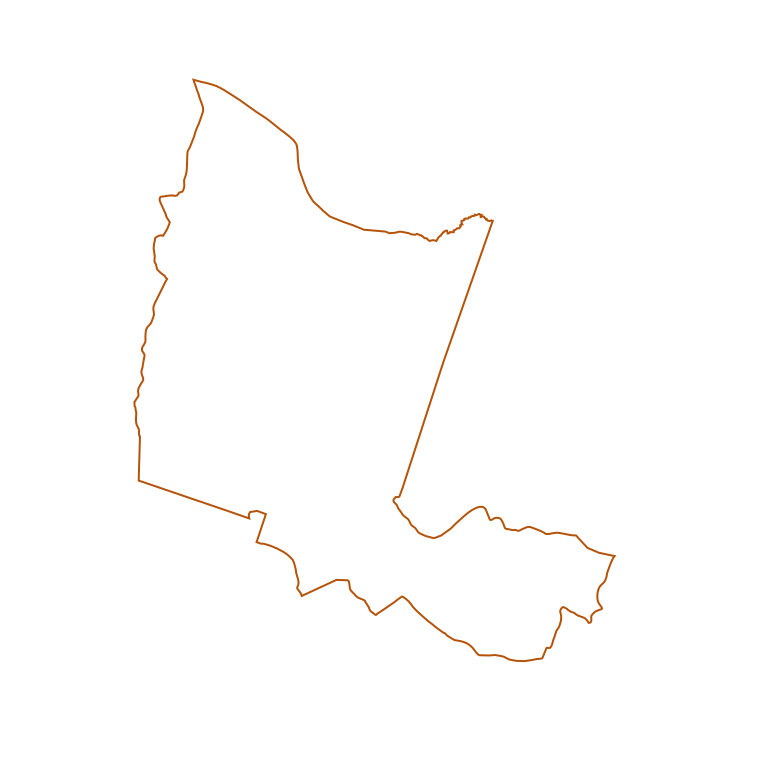 Chhuk, Kâmpôt, Cambodia, rotated 19°
{"feature_id": "14789045B28419059899901", "entity_name": "Chhuk", "entity_type": "district", "adm_level": 2, "iso_a3": "KHM", "parent_name": "Cambodia", "parent_adm1": "Kâmpôt", "projection": "mercator", "projection_center": [104.309, 10.967], "detail": "fine", "context": "isolated", "style": "outline", "palette": "amber", "viewbox_px": 768, "rotation_deg": 19, "n_neighbors": 0, "source": "geoboundaries", "source_scale": "gbopen_adm2", "svg_char_len": 6165}
<svg xmlns="http://www.w3.org/2000/svg" viewBox="0 0 768 768"><g transform="rotate(19 384 384)"><path d="M104.8,158.4L106.5,160.8L108.6,163.1L111.3,166.8L114.5,170.6L116.8,173.9L120.6,178.5L122.6,181.2L123.9,184.0L124.2,185.9L124.2,196.0L124.1,199.5L123.7,203.1L123.6,207.3L123.9,211.5L123.4,223.2L122.6,228.0L123.4,231.4L125.8,239.0L127.9,246.1L128.5,249.5L128.6,251.9L128.6,256.2L129.8,259.5L130.6,261.4L131.0,263.2L131.1,264.8L131.0,266.5L130.6,267.9L128.0,269.7L127.6,271.5L126.9,273.1L125.1,274.2L122.8,274.5L118.6,276.2L114.2,278.6L112.5,279.3L111.5,280.4L111.7,282.6L112.5,283.9L114.0,285.7L121.1,293.2L122.9,295.2L123.2,295.9L124.3,297.2L128.3,300.3L128.8,300.9L128.8,303.1L128.6,307.6L127.6,312.8L126.9,315.8L125.9,315.7L124.4,316.2L123.0,317.0L120.9,319.2L120.1,320.6L120.3,321.7L120.6,322.6L120.9,326.3L122.1,331.0L124.4,335.3L125.7,338.0L126.7,342.0L127.7,343.6L129.3,345.0L131.9,349.0L132.9,349.9L136.4,351.5L139.5,352.6L140.5,352.8L141.2,353.0L143.2,354.6L144.7,355.3L143.9,359.6L142.6,370.2L141.0,381.9L140.9,385.4L141.2,387.3L142.0,389.3L143.2,391.5L143.9,393.3L144.1,395.9L143.9,402.1L143.0,404.5L141.7,407.3L141.4,410.1L141.8,412.6L143.2,417.6L144.2,420.0L144.6,422.3L144.1,425.5L143.6,427.4L143.6,429.6L144.4,431.3L147.3,433.5L148.3,434.9L149.7,444.1L150.2,446.7L150.6,451.4L151.1,452.6L152.5,454.6L154.2,456.7L155.0,458.5L154.8,460.3L154.2,462.5L153.7,465.3L153.3,468.5L153.9,471.2L155.1,473.5L155.7,475.3L153.9,482.4L155.3,485.9L156.2,486.7L156.9,487.8L157.5,489.1L159.2,492.0L160.7,497.3L161.5,499.6L162.3,501.2L163.3,503.0L165.6,505.2L167.0,506.8L167.8,508.3L168.2,510.1L169.4,512.5L170.3,512.9L183.5,555.2L279.7,554.9L300.4,555.0L299.3,553.3L299.0,552.5L298.7,550.4L299.2,548.5L301.5,547.4L305.2,545.3L314.7,545.5L315.0,575.0L320.0,575.0L321.7,574.3L324.4,574.1L328.7,573.9L336.1,574.3L344.1,575.6L347.3,576.5L350.6,577.8L354.8,579.9L356.9,582.0L360.6,587.5L362.8,591.7L366.3,596.6L367.7,599.1L368.3,601.7L368.2,604.6L368.4,605.3L369.0,606.0L372.7,608.4L374.6,610.2L375.2,611.2L402.8,584.7L413.6,581.4L415.0,582.1L417.0,585.6L418.0,587.9L418.5,588.7L419.5,589.7L421.0,590.7L424.6,592.4L426.1,593.4L428.7,594.3L429.4,594.5L435.3,594.8L436.7,595.4L437.7,596.5L438.9,597.3L442.0,599.8L442.8,600.6L443.4,601.4L444.2,602.3L445.0,603.0L451.1,605.1L451.8,604.8L452.3,603.6L456.0,598.8L464.6,587.2L466.9,583.6L470.0,579.3L471.1,579.0L475.5,580.4L478.1,581.5L480.6,583.0L483.9,585.3L488.6,587.8L496.0,591.0L503.4,594.0L506.4,594.9L511.9,597.0L521.0,599.8L522.4,599.7L525.4,601.2L528.7,602.1L533.1,603.0L534.4,603.1L538.8,602.4L541.0,602.1L544.4,602.0L547.1,602.3L550.1,603.1L551.2,603.4L554.3,605.0L558.8,608.0L561.1,609.2L562.8,609.3L571.3,606.6L573.8,605.6L576.9,604.2L581.4,603.4L583.6,603.0L586.4,602.9L591.9,603.7L596.9,603.1L600.4,602.4L602.9,601.5L605.9,600.7L607.4,600.1L612.5,597.5L617.5,594.6L622.0,592.5L622.9,591.8L623.1,589.9L623.4,583.9L623.6,580.9L624.0,580.3L625.4,580.1L626.6,579.6L627.1,579.0L627.6,577.2L627.7,575.5L627.4,570.6L627.5,568.3L627.4,562.3L627.5,560.7L628.5,557.0L628.6,554.9L628.4,550.3L627.8,547.9L627.1,545.8L626.4,544.5L625.5,543.2L624.5,541.3L624.5,539.3L625.2,537.3L625.6,536.9L626.4,536.5L628.9,536.8L630.2,537.1L631.5,537.7L634.6,538.5L638.6,538.5L640.1,539.2L642.8,539.8L647.2,539.8L650.3,540.1L652.5,541.1L655.4,543.2L656.8,542.4L657.1,541.3L657.0,540.0L655.7,536.6L655.6,535.1L657.2,531.4L658.2,530.1L659.7,528.7L663.1,525.9L663.2,525.1L662.5,524.3L660.2,522.7L658.7,521.5L657.5,520.4L656.3,518.7L655.6,517.2L654.4,514.1L653.7,510.4L653.7,507.1L654.0,505.3L654.7,503.5L656.7,499.7L657.1,497.3L657.2,495.5L657.1,493.7L656.7,491.2L656.5,489.1L656.7,479.5L657.3,473.8L658.1,471.6L642.2,473.6L629.7,472.7L614.9,464.7L610.3,466.0L598.3,467.7L595.4,468.5L592.8,469.8L588.6,472.2L586.1,473.1L583.8,472.5L581.7,472.2L577.9,471.8L569.1,471.6L567.5,471.9L565.4,473.1L561.7,476.5L559.8,478.5L558.6,479.2L555.9,479.1L553.1,480.3L548.8,480.8L546.9,481.2L545.6,481.0L544.8,480.3L542.1,477.0L540.7,475.6L538.4,473.6L536.7,473.3L535.7,473.4L533.6,474.0L532.1,474.9L530.6,476.9L529.0,477.9L528.2,477.7L520.8,469.2L518.3,468.1L517.0,468.2L516.0,468.4L514.3,469.2L512.3,470.4L510.1,472.5L508.2,474.6L506.4,477.0L504.4,479.9L497.5,492.2L494.2,499.0L487.4,508.6L482.3,512.9L481.0,513.5L477.6,513.9L475.9,513.9L473.7,514.2L470.5,514.0L466.1,513.5L464.0,512.6L462.4,511.3L460.1,509.9L456.5,508.8L454.6,507.6L452.4,505.2L450.8,504.0L446.5,502.5L444.6,501.8L441.7,499.5L437.7,496.8L436.8,495.6L435.4,494.2L432.0,492.5L431.1,491.7L430.7,490.0L431.8,487.2L434.3,486.2L435.2,485.4L435.4,476.9L433.0,344.4L433.7,194.3L432.9,194.5L432.2,194.4L431.3,195.2L430.6,195.6L429.7,195.5L428.9,195.8L428.1,195.5L427.4,194.6L426.6,195.1L426.1,194.3L425.1,194.1L424.6,193.8L424.1,193.3L423.2,193.2L421.1,194.7L420.6,193.8L421.0,193.1L421.1,192.3L420.3,192.5L419.6,192.5L418.9,192.2L418.0,192.6L416.4,194.3L414.8,194.4L415.1,195.0L414.3,195.9L413.2,196.2L411.9,197.1L411.7,197.9L411.2,198.6L410.2,198.6L409.4,200.4L406.9,201.1L406.1,202.0L406.6,202.7L406.1,203.4L404.2,204.6L404.6,205.8L405.3,206.8L406.0,207.5L405.2,207.7L404.5,208.4L404.4,209.2L405.2,209.6L405.2,210.5L404.1,212.6L403.0,212.7L402.4,213.0L401.2,215.2L399.8,216.2L400.4,217.2L400.5,217.8L399.0,218.3L397.0,218.8L396.7,220.1L395.2,221.0L393.8,218.5L392.2,219.1L391.6,220.2L390.9,220.6L390.9,221.5L390.3,221.8L390.2,222.8L389.8,223.3L389.5,224.4L389.5,225.2L388.8,225.7L388.4,226.6L387.7,227.9L387.6,229.0L387.2,230.0L387.2,230.7L386.8,231.8L385.7,231.7L383.3,232.1L380.7,233.8L379.5,233.7L376.9,232.4L374.9,232.9L372.4,231.8L371.4,231.8L370.9,231.3L369.5,231.7L368.1,231.3L366.1,231.5L365.2,232.6L361.7,233.5L357.8,233.4L350.8,234.4L348.8,235.1L344.6,237.7L339.9,239.7L336.0,239.4L330.9,240.6L314.7,244.7L312.1,244.5L302.9,244.0L293.1,244.0L280.8,243.4L279.3,243.3L277.6,243.0L270.3,240.1L263.8,237.1L259.5,235.4L256.9,233.9L254.8,232.2L249.4,227.6L244.2,221.6L233.8,208.6L232.9,207.0L229.5,199.8L226.5,192.1L224.4,187.7L223.2,186.0L221.5,184.6L219.0,182.9L213.2,180.5L208.5,178.8L203.5,177.3L192.0,173.1L185.9,171.1L174.0,168.1L155.6,162.6L137.9,158.3L133.2,157.4L128.3,156.8L123.5,156.9L117.8,157.2L113.0,157.8L104.8,158.4Z" fill="none" stroke="#b45309" stroke-width="2"/></g></svg>